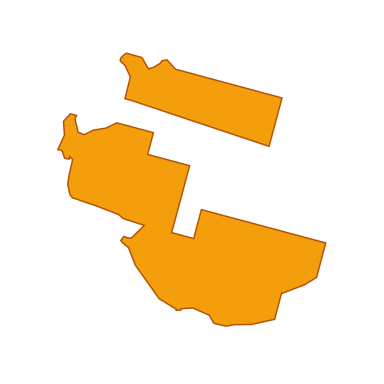 Wagait, Northern Territory, Australia (orthographic projection), rotated 195°
{"feature_id": "25037944B50083435969321", "entity_name": "Wagait", "entity_type": "district", "adm_level": 2, "iso_a3": "AUS", "parent_name": "Australia", "parent_adm1": "Northern Territory", "projection": "orthographic", "projection_center": [130.755, -12.442], "detail": "fine", "context": "isolated", "style": "filled", "palette": "amber", "viewbox_px": 384, "rotation_deg": 195, "n_neighbors": 0, "source": "geoboundaries", "source_scale": "gbopen_adm2", "svg_char_len": 1745}
<svg xmlns="http://www.w3.org/2000/svg" viewBox="0 0 384 384"><g transform="rotate(195 192 192)"><path d="M332.6,198.2L329.0,198.6L328.9,198.5L328.8,198.4L328.6,198.2L328.2,197.8L328.1,197.7L327.9,197.6L327.7,197.5L327.6,197.4L327.3,197.4L327.1,197.3L327.1,197.1L327.1,196.9L327.0,196.6L327.0,196.4L326.9,196.3L326.6,195.7L326.3,195.5L326.1,195.2L325.6,194.4L325.1,193.6L324.9,193.3L324.7,193.0L324.1,192.2L323.8,191.8L323.6,191.6L319.1,192.0L319.4,194.5L315.7,192.5L315.1,177.2L314.1,167.4L310.2,159.7L309.1,157.7L306.0,155.5L287.5,154.2L280.9,153.8L271.6,152.8L256.9,151.2L251.5,148.6L248.0,148.3L230.4,147.5L229.5,147.4L230.6,145.6L238.8,131.5L243.1,131.1L246.4,131.5L247.9,127.5L248.2,126.7L246.1,125.1L243.3,123.8L238.9,121.8L227.6,106.5L214.2,95.4L210.5,92.3L205.9,88.5L196.0,80.3L186.9,77.7L178.3,75.1L177.1,74.7L176.8,74.8L176.7,73.7L172.3,74.9L172.7,76.2L167.2,78.2L161.6,80.1L161.3,80.2L154.7,79.2L148.8,78.3L143.6,77.5L142.7,76.6L137.5,71.5L136.8,70.8L132.8,70.9L130.2,71.0L127.9,71.1L124.5,71.2L121.3,72.7L115.9,75.1L113.4,75.7L100.2,79.5L86.9,86.4L84.5,87.7L82.5,88.7L79.2,90.4L79.3,98.9L79.3,114.5L79.3,117.6L78.5,117.6L73.8,121.0L72.2,122.1L69.6,124.1L59.1,131.7L49.6,141.8L49.6,177.4L113.1,177.4L155.6,177.4L178.4,177.4L178.3,147.5L201.2,147.5L201.1,172.7L201.1,216.8L244.6,216.8L244.6,239.3L282.6,239.3L291.6,231.5L303.3,226.2L311.0,219.4L317.5,220.3L324.0,232.4L323.2,236.0L329.8,236.0L334.4,227.0L332.6,221.7L329.9,214.0L332.5,198.6L332.6,198.2ZM250.4,313.2L255.1,310.9L255.7,308.4L261.3,302.6L266.0,299.6L275.1,308.9L291.3,309.1L293.9,305.9L295.5,302.9L295.3,300.1L289.2,296.7L281.3,287.1L280.9,264.8L275.4,264.8L129.4,256.0L129.4,306.1L239.6,306.3L250.4,313.2Z" fill="#f59e0b" stroke="#b45309" stroke-width="1.5"/></g></svg>